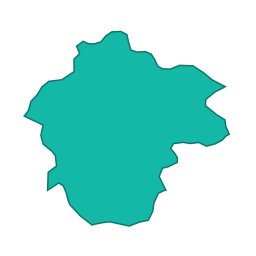 outline of Nonsan-si, South Chungcheong, South Korea, rotated 83°
{"feature_id": "91817680B11377751855609", "entity_name": "Nonsan-si", "entity_type": "district", "adm_level": 2, "iso_a3": "KOR", "parent_name": "South Korea", "parent_adm1": "South Chungcheong", "projection": "equal_earth", "projection_center": [127.164, 36.193], "detail": "fine", "context": "isolated", "style": "filled", "palette": "teal", "viewbox_px": 256, "rotation_deg": 83, "n_neighbors": 0, "source": "geoboundaries", "source_scale": "gbopen_adm2", "svg_char_len": 1134}
<svg xmlns="http://www.w3.org/2000/svg" viewBox="0 0 256 256"><g transform="rotate(83 128 128)"><path d="M194.4,98.0L194.1,98.1L180.0,103.0L172.1,98.7L171.4,93.1L168.1,83.3L163.5,82.6L158.9,84.7L153.6,88.2L149.0,84.7L149.0,74.9L151.0,67.9L151.0,59.5L155.6,52.4L154.3,43.3L151.7,36.3L147.7,31.4L146.6,28.3L137.9,30.8L131.7,30.8L125.5,38.5L115.3,48.4L109.1,47.3L102.9,37.4L98.8,26.5L90.6,38.5L82.4,46.2L74.2,56.0L72.1,69.2L74.7,79.1L73.4,86.8L70.1,91.0L63.5,93.1L57.6,95.9L54.3,101.5L53.7,110.0L51.0,115.6L43.1,117.0L35.2,117.7L31.3,123.3L30.6,132.4L33.9,138.8L39.2,144.4L40.5,151.4L39.2,157.7L36.5,162.0L39.1,166.5L40.5,169.0L48.4,166.9L53.0,173.2L65.5,174.6L72.1,188.0L72.0,200.7L76.7,208.4L83.9,214.0L89.8,221.1L98.4,224.6L103.6,229.5L108.9,221.1L114.8,211.9L124.7,215.4L133.9,214.0L141.8,206.3L146.4,203.5L157.0,203.5L162.2,212.6L180.0,215.4L174.1,203.5L177.4,199.3L185.3,197.1L191.8,196.4L197.1,195.0L205.7,188.7L209.6,185.9L219.9,175.5L219.5,173.9L218.8,164.1L218.8,157.7L225.4,138.8L222.7,127.5L222.1,119.1L213.5,113.5L205.6,111.4L196.4,105.8L194.4,99.4L194.4,98.0Z" fill="#14b8a6" stroke="#0f766e" stroke-width="1.5"/></g></svg>